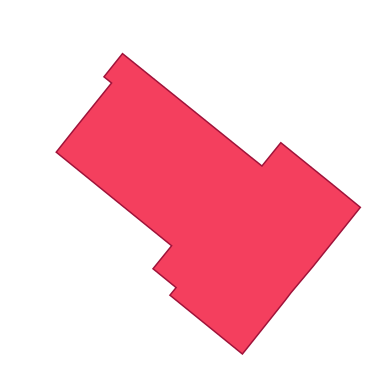 the district of Benton, Mississippi, United States of America, rotated 129°
{"feature_id": "52423323B42225674167868", "entity_name": "Benton", "entity_type": "district", "adm_level": 2, "iso_a3": "USA", "parent_name": "United States of America", "parent_adm1": "Mississippi", "projection": "orthographic", "projection_center": [-89.198, 34.789], "detail": "fine", "context": "isolated", "style": "filled", "palette": "rose", "viewbox_px": 384, "rotation_deg": 129, "n_neighbors": 0, "source": "geoboundaries", "source_scale": "gbopen_adm2", "svg_char_len": 433}
<svg xmlns="http://www.w3.org/2000/svg" viewBox="0 0 384 384"><g transform="rotate(129 192 192)"><path d="M98.0,51.5L97.8,84.1L97.8,104.1L97.8,154.0L127.8,154.0L127.9,170.3L128.0,238.3L128.2,333.1L157.9,332.9L157.9,323.1L216.8,322.9L246.5,322.6L246.6,174.0L276.2,174.0L276.3,144.2L286.1,144.2L286.2,50.9L280.9,50.9L217.8,51.4L207.8,51.7L184.6,51.3L173.8,51.1L98.0,51.5Z" fill="#f43f5e" stroke="#9f1239" stroke-width="1.5"/></g></svg>